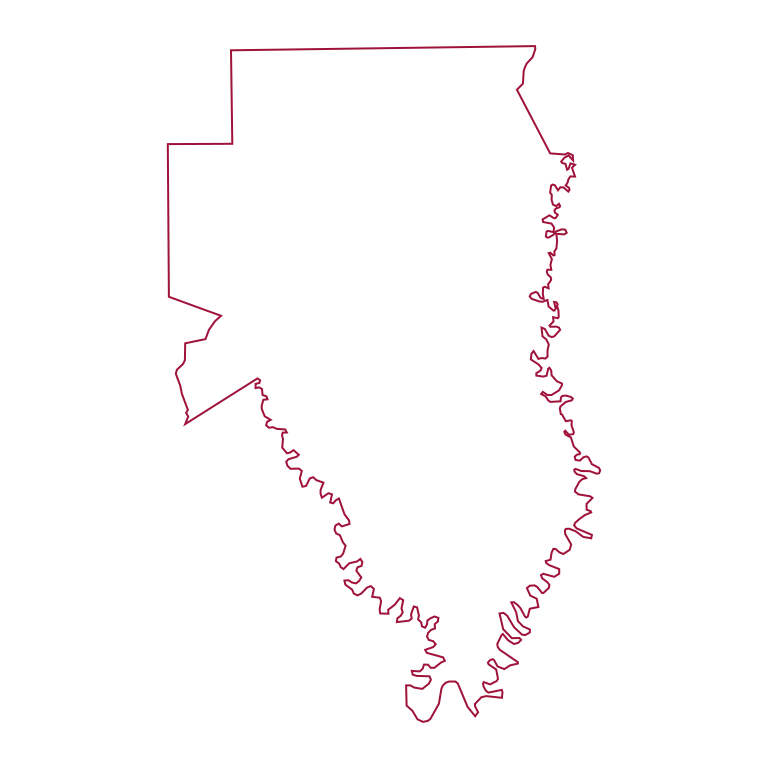 outline of San Pedro, Misiones, Argentina
{"feature_id": "61730980B51205763692060", "entity_name": "San Pedro", "entity_type": "district", "adm_level": 2, "iso_a3": "ARG", "parent_name": "Argentina", "parent_adm1": "Misiones", "projection": "orthographic", "projection_center": [-53.77, -26.751], "detail": "fine", "context": "isolated", "style": "outline", "palette": "rose", "viewbox_px": 768, "rotation_deg": 0, "n_neighbors": 0, "source": "geoboundaries", "source_scale": "gbopen_adm2", "svg_char_len": 6118}
<svg xmlns="http://www.w3.org/2000/svg" viewBox="0 0 768 768"><path d="M168.9,296.8L221.0,315.8L215.0,321.2L208.9,329.9L205.5,339.1L185.2,343.3L184.9,360.2L183.0,364.0L176.9,369.7L175.8,373.6L180.2,385.6L181.9,393.9L187.9,409.9L186.1,412.9L188.2,416.5L185.2,424.1L257.5,378.4L260.1,380.3L259.4,382.9L255.6,383.9L255.6,388.1L259.2,387.4L261.9,388.9L262.6,395.0L266.4,396.3L267.5,399.3L263.3,399.8L261.6,406.1L261.9,409.3L264.7,416.3L270.7,419.9L267.2,421.7L266.1,425.2L268.9,427.7L273.0,427.2L276.9,428.9L285.1,429.4L286.8,432.5L282.7,432.6L282.0,435.3L283.0,439.1L282.2,447.6L287.0,453.3L290.2,452.5L293.5,450.1L298.8,454.8L296.7,456.8L288.6,459.1L286.2,461.8L287.5,465.9L290.6,468.8L298.9,468.6L301.8,470.9L299.8,478.6L302.4,486.7L306.0,486.0L309.8,478.4L313.2,477.2L316.3,480.1L323.5,482.7L320.6,489.8L320.6,493.8L321.9,497.7L328.5,493.2L332.0,494.4L330.2,502.5L333.1,503.3L335.9,500.2L338.9,498.5L344.5,514.3L349.1,520.5L349.5,524.0L341.8,526.4L338.7,523.6L335.4,525.6L334.5,529.7L336.2,533.5L339.9,535.2L343.0,542.5L345.6,545.7L343.1,553.7L340.7,556.6L336.5,557.6L335.9,561.2L339.1,563.5L340.7,567.1L343.5,569.1L349.2,563.3L357.2,561.4L360.4,558.9L362.4,562.2L361.5,565.9L357.5,567.3L356.3,570.7L361.3,577.4L359.1,581.0L356.0,583.4L351.9,582.5L348.4,580.2L344.4,580.6L345.4,584.7L352.1,589.6L353.8,593.5L357.4,595.4L361.2,593.6L367.0,587.6L370.8,586.1L373.9,588.9L372.2,596.8L379.8,597.7L381.1,601.2L379.6,609.6L380.2,613.5L388.4,613.7L388.2,609.7L394.8,604.7L399.9,598.1L403.2,600.2L401.5,608.4L402.7,612.4L400.7,615.8L397.4,618.3L396.9,622.1L408.9,620.7L411.7,618.6L411.0,614.4L413.8,606.5L417.1,607.4L418.9,615.5L418.1,619.5L421.1,622.2L422.0,626.4L425.1,627.7L427.0,624.4L427.4,620.5L430.8,618.1L434.6,616.5L438.4,617.9L437.9,621.4L434.7,624.2L435.0,628.4L431.0,629.9L428.1,632.9L427.0,636.7L428.9,640.0L433.1,641.1L435.7,644.3L433.1,647.1L425.2,649.8L426.9,652.9L443.2,657.4L444.8,660.8L440.9,662.6L434.4,667.8L430.6,667.8L428.1,664.7L424.0,664.6L422.7,668.7L419.8,671.4L411.8,670.9L412.8,674.7L416.8,675.9L429.5,676.3L430.9,679.8L428.9,683.6L422.3,688.9L414.0,687.5L410.4,685.4L406.1,685.4L406.6,705.6L412.4,710.8L417.5,719.3L423.0,721.9L427.8,720.9L430.4,718.9L438.9,703.7L441.4,688.8L442.8,685.6L445.8,682.7L449.2,681.5L455.4,681.5L457.8,683.5L467.6,706.9L475.2,716.2L478.1,712.2L475.1,706.5L475.0,703.9L481.4,697.2L486.2,696.1L501.9,697.8L502.5,692.3L501.8,689.9L488.4,692.6L485.9,690.7L483.6,686.6L483.0,683.8L483.8,682.1L490.1,684.4L496.6,681.1L498.0,678.9L496.2,669.5L488.6,664.3L487.9,662.6L490.0,660.2L492.7,659.2L494.0,660.0L497.5,666.4L504.3,669.1L510.3,665.3L517.8,663.6L517.9,662.2L499.8,649.8L497.7,646.9L497.3,643.9L501.6,635.0L502.9,634.0L508.0,640.2L514.0,644.0L518.3,642.8L521.1,639.9L519.4,638.0L511.9,638.2L503.2,629.2L499.5,613.5L503.5,612.9L507.1,615.6L514.1,627.3L522.0,634.6L525.2,635.1L529.8,632.5L529.9,629.5L523.0,626.4L517.9,621.1L516.2,612.3L511.3,602.4L513.9,602.2L517.4,604.8L520.3,607.9L525.0,616.6L526.5,617.5L527.8,616.5L529.8,608.7L538.4,607.0L536.7,598.7L530.3,595.6L526.9,588.1L529.9,585.7L534.5,585.4L537.2,586.9L542.1,593.0L543.3,593.1L548.8,587.9L549.4,585.0L547.8,582.6L542.1,578.2L541.0,575.1L543.3,573.8L554.3,576.8L559.2,573.7L559.2,569.1L549.3,565.2L546.2,563.0L545.7,561.1L550.5,559.7L551.6,552.6L553.4,548.8L555.6,549.0L559.5,552.4L563.3,554.0L569.6,549.9L571.2,544.5L565.2,534.0L564.9,530.6L565.8,528.9L569.1,528.7L575.7,531.3L583.2,536.9L591.2,538.3L591.9,534.9L576.6,528.4L574.1,525.3L575.2,522.8L579.3,519.1L585.0,515.0L591.2,512.4L590.7,511.2L586.7,509.7L586.5,504.0L592.5,497.9L590.2,496.3L578.6,494.4L575.0,491.7L575.3,489.1L579.3,481.9L582.3,479.1L586.1,478.1L584.0,476.2L576.8,474.1L574.5,471.5L574.3,469.7L575.4,468.9L581.4,471.0L590.0,471.2L596.7,473.7L599.1,473.2L600.2,470.4L598.9,467.8L591.9,464.2L588.5,457.6L586.7,456.4L583.5,457.2L579.9,460.6L575.6,460.0L574.7,456.7L577.0,454.6L579.7,454.2L580.1,452.7L573.8,446.5L570.9,437.4L565.5,434.6L564.3,431.7L565.3,430.7L569.0,434.8L573.2,434.1L573.9,432.4L571.5,425.3L571.8,421.0L570.8,420.3L565.8,421.2L562.0,414.4L560.8,414.1L559.8,408.5L560.5,406.4L565.7,402.0L571.8,400.3L572.8,398.5L570.7,396.9L566.0,395.6L562.4,395.9L560.9,397.5L560.6,401.3L550.5,401.9L548.3,400.5L545.6,396.4L541.1,394.0L542.8,391.9L547.7,395.1L551.5,395.0L559.0,390.4L561.9,385.4L561.9,383.5L556.9,381.3L551.6,375.3L551.2,370.5L549.4,367.8L548.2,368.7L546.6,375.7L543.2,376.6L536.4,375.6L536.3,373.2L540.5,370.6L541.6,368.0L538.6,364.5L530.8,359.4L531.5,353.6L533.6,351.0L538.4,358.9L541.9,358.0L545.2,358.6L547.5,356.8L547.5,350.5L548.8,344.4L546.2,339.4L542.5,336.3L541.5,327.6L544.8,328.9L548.6,335.6L551.6,337.1L554.2,336.4L560.1,329.9L559.0,327.6L556.2,326.6L550.4,326.8L549.5,325.6L553.5,321.5L553.1,317.2L557.7,318.2L558.7,317.1L558.5,310.8L557.0,305.8L557.7,304.3L556.4,302.3L554.1,302.0L555.7,308.5L554.6,310.5L553.3,310.5L548.6,306.5L547.4,300.0L542.8,301.7L539.9,301.6L531.8,298.9L529.7,296.5L531.0,293.9L535.8,291.9L537.6,292.9L540.7,298.0L543.7,298.9L542.8,293.9L543.1,287.5L544.8,286.8L548.6,288.3L548.1,284.3L551.2,279.9L550.7,277.2L547.7,274.5L546.8,271.7L547.4,269.7L551.3,269.8L550.4,264.9L551.9,259.1L548.7,253.1L550.3,252.7L553.4,255.5L554.5,255.2L554.4,251.4L556.4,248.5L557.1,240.8L556.3,233.8L564.2,234.4L566.7,232.8L565.3,229.7L561.9,229.3L556.1,231.4L553.3,234.9L549.0,237.4L547.3,237.6L545.9,236.6L546.5,231.6L547.8,230.9L553.6,232.1L554.1,227.6L551.5,223.6L543.1,222.0L542.6,219.4L549.5,215.3L553.7,218.1L555.6,218.1L557.8,214.8L555.0,212.6L554.4,210.6L555.5,208.8L559.5,207.2L560.1,205.9L558.9,203.8L556.2,206.2L552.9,204.5L551.6,199.9L551.8,194.8L550.1,192.6L551.1,185.6L552.5,184.6L554.8,185.2L558.0,190.3L560.3,187.3L563.6,187.4L568.3,191.6L569.5,189.9L569.0,187.9L565.7,185.4L567.6,182.6L568.4,179.3L570.4,176.4L575.0,176.6L572.0,167.7L575.0,164.8L570.5,163.4L568.5,168.9L567.1,169.7L565.5,163.9L561.9,162.8L561.2,161.5L564.5,157.6L568.6,155.5L573.1,160.5L572.8,155.2L567.9,153.0L565.1,154.5L550.2,153.4L516.9,89.7L522.9,83.7L523.7,71.1L525.0,67.1L526.8,63.4L532.6,57.1L535.3,49.1L535.0,46.1L231.0,50.3L232.3,143.8L167.8,144.1L168.9,296.8Z" fill="none" stroke="#9f1239" stroke-width="2"/></svg>